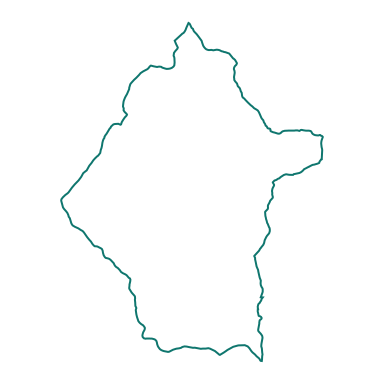 the district of Floresta, Boyacá, Colombia
{"feature_id": "7082276B22631995474400", "entity_name": "Floresta", "entity_type": "district", "adm_level": 2, "iso_a3": "COL", "parent_name": "Colombia", "parent_adm1": "Boyacá", "projection": "orthographic", "projection_center": [-72.912, 5.862], "detail": "fine", "context": "isolated", "style": "outline", "palette": "teal", "viewbox_px": 384, "rotation_deg": 0, "n_neighbors": 0, "source": "geoboundaries", "source_scale": "gbopen_adm2", "svg_char_len": 5967}
<svg xmlns="http://www.w3.org/2000/svg" viewBox="0 0 384 384"><path d="M261.6,318.3L261.6,318.0L261.5,317.6L261.0,316.9L260.3,316.4L259.2,316.1L258.7,315.8L258.5,315.1L258.1,313.0L257.8,311.9L257.7,311.2L257.8,309.2L258.1,309.2L257.7,306.9L258.1,305.0L258.6,303.8L259.7,302.9L260.2,301.9L260.8,301.1L261.3,300.2L261.5,299.1L262.8,297.4L260.8,297.2L262.5,292.5L262.7,291.5L262.7,289.2L262.5,288.4L261.5,286.8L260.8,285.1L260.6,283.4L260.8,280.6L260.6,280.0L259.7,277.7L258.3,271.5L258.1,270.0L256.6,266.5L255.7,262.0L255.1,259.3L255.1,257.9L254.9,257.4L254.3,256.3L254.3,255.9L258.6,251.2L259.2,250.5L260.0,248.9L260.9,247.9L261.2,247.4L263.3,244.8L264.1,243.0L264.7,240.2L265.2,239.2L266.2,237.1L267.1,235.7L268.8,233.7L269.2,233.1L269.8,231.1L269.8,229.6L269.6,228.1L269.0,227.1L267.8,224.0L267.2,223.0L266.6,220.6L266.1,219.2L265.8,217.5L265.4,216.0L265.1,212.1L265.3,211.6L267.7,209.1L268.0,208.0L267.9,206.2L268.0,205.3L268.3,204.7L269.2,203.1L269.8,201.8L270.2,200.7L272.6,198.0L272.8,197.5L272.8,196.8L272.2,194.6L272.3,193.0L272.0,191.0L272.4,188.9L272.8,187.9L273.9,185.8L274.1,185.0L274.0,184.6L272.8,182.5L272.8,182.3L274.5,180.5L275.0,180.4L276.1,180.0L276.9,179.6L277.4,179.1L278.6,178.5L279.2,178.4L279.6,178.1L280.3,177.3L283.8,175.0L285.6,174.4L286.3,174.3L289.2,174.8L293.0,174.9L293.7,174.2L299.3,173.0L300.8,172.3L301.9,171.5L303.2,170.3L304.1,169.2L310.7,165.8L312.5,164.9L314.3,164.6L317.7,163.6L319.2,162.9L319.6,161.5L320.5,160.4L321.0,159.5L321.5,159.5L321.8,159.3L321.8,157.9L322.2,150.3L322.1,149.1L321.6,147.1L321.2,143.6L321.3,142.0L321.6,140.4L322.8,137.0L322.3,136.3L321.9,136.0L321.0,135.7L320.1,135.0L319.6,135.0L318.7,135.4L317.2,135.4L315.0,135.1L313.8,134.6L312.7,133.9L312.2,133.3L311.2,131.5L310.5,131.0L309.1,130.7L306.2,130.7L303.5,130.3L301.7,129.9L300.8,130.0L299.8,130.7L299.4,130.9L297.4,130.4L295.8,130.4L294.2,130.6L288.8,130.6L284.6,130.8L282.5,131.4L281.5,132.2L280.6,133.1L279.5,133.6L278.7,133.7L277.8,133.6L274.7,132.6L273.0,132.2L270.9,131.3L270.5,130.9L270.4,130.5L270.5,130.0L270.3,129.2L270.2,129.0L269.6,128.6L268.3,128.5L267.6,128.1L266.7,126.4L266.4,126.1L265.8,125.8L265.6,125.6L265.2,124.2L263.9,122.2L263.3,120.3L261.9,118.7L261.3,117.7L259.9,114.4L258.9,112.2L258.4,111.4L257.8,110.5L256.5,109.6L254.1,108.2L252.4,106.5L250.6,105.1L247.8,102.4L245.5,100.0L244.2,98.5L242.8,97.5L242.6,97.2L242.1,95.9L241.7,92.8L240.8,91.3L240.1,89.0L239.7,88.2L239.4,87.7L238.8,87.2L237.8,86.1L237.0,83.5L235.1,81.3L234.3,80.0L234.2,78.3L234.0,77.1L234.7,72.8L234.5,70.9L233.9,69.2L233.9,68.7L234.1,67.7L234.4,67.0L235.1,65.9L236.3,64.8L236.9,63.4L236.8,62.9L236.5,62.4L235.1,60.0L233.7,58.7L233.1,58.4L229.5,53.9L229.1,53.5L225.4,52.2L224.1,52.0L223.2,51.6L221.5,51.2L220.0,50.4L218.9,50.0L217.7,49.8L216.6,49.7L213.3,50.3L211.4,49.9L208.9,50.1L207.9,49.9L206.5,49.4L205.6,48.8L204.4,47.5L203.6,46.4L203.1,45.4L202.2,42.8L201.6,40.8L198.6,36.7L196.7,34.2L194.3,31.7L193.6,30.7L192.9,28.8L192.0,28.2L191.5,27.7L190.1,24.6L189.5,23.6L188.5,23.0L186.5,27.4L185.6,29.8L184.7,31.5L183.5,33.0L182.4,33.6L180.8,35.1L174.7,40.7L176.1,44.1L177.8,47.5L177.4,48.7L175.1,51.3L174.0,52.9L173.6,55.8L174.1,56.8L174.4,58.0L174.6,62.6L174.3,65.4L173.5,66.6L171.8,67.9L170.2,68.5L168.7,68.8L166.5,68.9L165.0,68.5L162.2,67.6L161.4,66.9L159.7,66.6L158.3,66.7L157.1,67.0L153.6,66.3L150.9,65.6L149.8,66.4L148.6,68.0L147.5,69.1L143.3,71.3L140.6,73.1L139.0,75.0L136.4,77.7L134.1,79.8L131.2,83.0L130.3,84.2L129.2,87.9L129.2,89.0L127.0,94.1L125.6,96.5L124.9,97.9L123.8,100.7L123.5,101.9L123.1,105.1L123.0,106.6L123.7,108.3L123.6,110.4L124.7,112.0L126.6,113.9L127.0,114.7L126.3,115.9L124.9,117.3L123.1,119.9L121.7,122.3L121.1,124.3L120.6,124.7L119.9,124.5L118.3,123.8L114.9,124.0L113.4,124.4L111.0,126.6L110.6,127.7L109.7,128.5L106.6,133.7L105.3,135.4L104.5,136.8L104.4,137.8L103.4,139.4L102.9,140.8L102.4,142.8L102.0,145.7L101.5,148.0L100.8,149.8L100.2,153.0L98.1,155.7L97.3,156.2L95.1,158.3L93.3,160.3L91.5,163.0L89.3,165.7L86.7,170.4L85.1,171.6L83.2,173.2L81.2,176.9L78.5,180.5L74.7,184.4L72.0,187.6L68.6,192.3L67.6,193.3L65.3,195.0L62.8,197.4L61.4,199.3L61.2,200.7L63.0,207.4L64.0,208.9L66.2,211.4L67.4,213.0L68.4,215.3L68.7,216.7L69.8,218.2L71.4,223.5L72.6,225.4L74.9,226.8L78.4,228.4L80.6,229.9L82.6,231.0L83.9,232.4L87.2,237.2L89.4,239.9L90.9,241.5L92.4,243.9L93.6,245.3L94.6,246.2L96.9,246.4L97.6,246.6L99.5,247.6L100.7,248.2L101.8,248.9L102.6,250.5L103.0,252.9L103.7,255.3L104.9,257.2L105.7,257.9L107.9,258.4L109.3,258.9L110.7,260.0L113.8,263.3L114.3,264.6L115.2,266.0L116.2,267.0L117.8,268.0L119.8,270.1L121.0,271.9L122.7,273.1L125.4,274.4L126.6,275.2L128.8,277.8L130.0,278.5L130.4,279.7L130.2,281.5L129.5,284.5L129.5,285.3L129.2,288.1L129.4,288.9L131.6,292.5L134.5,295.8L134.9,296.4L135.0,297.2L135.1,298.4L134.9,299.7L135.2,302.3L135.4,306.0L136.2,307.6L136.3,308.2L135.9,309.4L135.8,310.4L136.4,314.5L137.0,317.0L138.4,321.2L139.6,322.7L141.2,324.1L143.1,325.3L144.3,326.8L144.9,328.0L144.6,329.7L143.2,332.3L142.6,334.3L142.4,335.8L142.7,337.0L143.9,338.3L145.5,338.7L146.9,338.5L151.9,338.6L153.4,339.0L154.7,339.4L155.7,340.2L156.4,341.0L156.9,342.6L157.2,344.3L158.0,346.5L159.1,348.1L159.9,349.1L161.3,350.1L162.7,350.7L163.9,351.1L168.0,351.9L169.2,351.7L173.1,349.7L176.3,348.7L179.2,348.3L181.1,347.8L182.3,347.0L183.4,346.7L184.6,346.4L186.8,346.6L189.1,347.1L193.0,347.8L194.8,347.7L200.8,348.8L202.9,348.6L205.6,348.6L208.3,348.2L209.9,348.6L214.9,351.0L218.3,353.8L219.2,354.6L219.9,354.9L223.7,352.6L226.2,350.9L227.4,350.0L233.2,346.8L238.3,345.4L244.8,345.2L247.7,346.4L249.4,348.2L251.3,351.0L252.4,352.3L255.0,354.5L256.6,356.3L258.4,357.8L259.3,358.6L259.6,359.1L260.1,360.1L260.6,360.8L261.8,361.0L262.0,359.6L262.2,356.0L262.5,354.5L262.2,352.5L261.9,348.7L261.6,347.4L261.3,346.7L261.3,345.2L261.5,343.5L262.5,337.9L262.4,336.9L262.1,335.7L260.8,333.8L258.5,331.3L258.2,330.5L258.2,329.5L259.3,323.6L259.3,322.4L259.6,320.6L259.8,320.2L261.3,319.0L261.6,318.3Z" fill="none" stroke="#0f766e" stroke-width="2"/></svg>